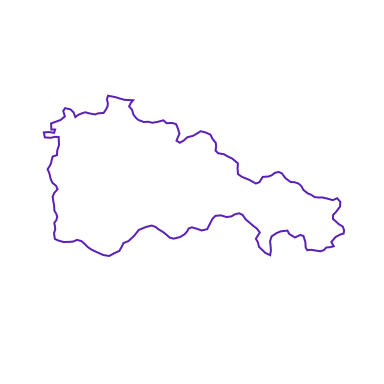 outline of Rialma, Goiás, Brazil, rotated 101°
{"feature_id": "56859067B97969314154614", "entity_name": "Rialma", "entity_type": "district", "adm_level": 2, "iso_a3": "BRA", "parent_name": "Brazil", "parent_adm1": "Goiás", "projection": "albers", "projection_center": [-49.534, -15.316], "detail": "fine", "context": "isolated", "style": "outline", "palette": "violet", "viewbox_px": 384, "rotation_deg": 101, "n_neighbors": 0, "source": "geoboundaries", "source_scale": "gbopen_adm2", "svg_char_len": 2633}
<svg xmlns="http://www.w3.org/2000/svg" viewBox="0 0 384 384"><g transform="rotate(101 192 192)"><path d="M113.5,292.8L117.3,293.2L120.7,291.6L123.9,291.2L127.9,292.4L131.3,293.9L132.6,298.9L134.4,302.2L134.4,307.8L134.1,311.9L135.6,314.8L138.0,318.4L140.7,320.8L136.4,323.5L134.1,327.1L133.9,332.5L136.9,333.9L142.1,331.2L146.4,334.8L151.6,343.4L157.5,342.0L156.8,338.3L160.3,338.7L160.4,343.7L161.8,348.8L166.5,346.9L165.7,340.8L164.1,337.4L163.4,333.4L171.3,331.5L177.1,332.2L181.6,331.6L183.7,335.5L187.6,335.8L190.8,335.9L193.8,336.7L197.2,338.1L201.0,335.5L206.1,333.3L209.7,330.7L211.7,326.8L214.8,324.5L219.3,327.1L223.2,327.9L226.9,326.6L231.3,324.9L236.6,323.5L239.4,321.0L242.1,319.6L245.5,319.8L248.6,321.3L251.8,320.0L254.8,319.1L258.7,319.6L264.2,317.7L265.1,314.2L265.6,308.6L264.3,302.6L263.3,299.2L260.9,295.7L261.3,291.2L263.6,287.2L266.0,283.7L267.8,279.5L269.8,271.5L270.8,266.8L270.6,261.1L266.6,256.2L263.7,252.1L259.0,250.5L255.2,249.5L252.3,245.0L245.8,240.3L239.4,237.0L235.1,230.5L232.6,225.1L233.3,221.0L235.1,217.6L236.4,213.8L238.4,209.6L241.1,205.0L241.3,201.2L238.6,195.3L235.1,191.4L231.9,189.4L228.3,188.2L226.7,185.4L227.2,179.9L227.9,175.1L225.6,170.0L218.8,168.1L214.2,166.7L210.9,164.4L209.4,159.1L210.0,153.3L208.4,148.6L205.9,145.9L203.9,141.7L204.8,138.0L208.6,134.1L213.8,124.9L215.5,121.4L218.8,117.7L225.7,120.4L228.7,117.8L233.0,115.8L235.2,112.4L237.8,108.4L239.1,103.2L234.3,103.4L230.2,104.5L225.5,106.0L220.4,105.4L216.3,101.3L213.7,97.4L211.7,91.0L214.7,88.4L217.0,82.2L213.5,77.5L213.9,74.2L219.7,71.1L224.9,69.8L227.1,67.7L226.0,64.0L225.7,54.6L223.9,51.5L220.8,49.5L219.9,46.1L218.2,42.5L214.5,45.7L208.8,42.5L205.2,38.0L203.8,35.2L200.5,35.4L197.1,37.5L195.6,41.7L193.1,45.7L191.6,48.5L187.6,49.1L184.2,46.9L178.1,43.9L173.5,44.5L170.4,48.3L173.1,52.2L172.6,58.9L172.5,63.5L173.3,66.7L173.6,70.8L172.0,74.4L171.3,78.0L168.7,83.1L165.4,85.7L163.4,89.1L162.8,93.4L163.4,97.0L160.6,103.0L156.6,107.2L155.8,110.7L157.3,114.2L160.4,117.0L162.2,119.9L163.7,125.5L169.5,127.7L171.5,131.0L169.3,137.5L168.3,142.1L167.7,145.7L165.6,150.3L160.4,151.7L155.1,152.4L151.5,158.9L150.2,163.9L148.8,168.1L149.0,173.6L146.9,176.8L142.6,177.0L139.3,178.0L135.9,182.0L132.1,184.9L130.9,190.6L130.7,195.2L133.0,197.5L136.7,201.8L139.2,207.1L142.9,209.8L146.0,213.4L144.6,217.0L140.8,216.3L137.2,215.4L132.3,218.0L128.4,220.6L128.0,224.7L129.3,230.0L127.1,233.8L129.5,238.7L131.6,244.0L131.4,248.3L132.5,252.7L131.5,258.4L129.8,261.3L127.3,264.2L122.7,266.6L119.9,270.1L116.3,269.1L113.2,267.3L114.4,275.8L114.1,279.8L113.5,285.2L113.5,292.8Z" fill="none" stroke="#5b21b6" stroke-width="2"/></g></svg>